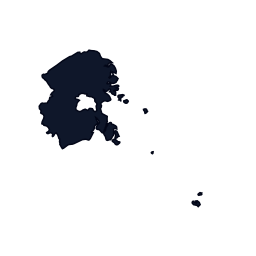 the border of Gyeonggi, rotated 210°
{"feature_id": "KOR-2498", "entity_name": "Gyeonggi", "entity_type": "Province", "adm_level": 1, "iso_a3": "KOR", "parent_name": "South Korea", "parent_adm1": "", "projection": "robinson", "projection_center": [126.66, 37.546], "detail": "fine", "context": "isolated", "style": "filled", "palette": "ink", "viewbox_px": 256, "rotation_deg": 210, "n_neighbors": 0, "source": "natural_earth", "source_scale": "10m", "svg_char_len": 6054}
<svg xmlns="http://www.w3.org/2000/svg" viewBox="0 0 256 256"><g transform="rotate(210 128 128)"><path d="M155.8,106.6L155.4,100.1L155.7,98.3L156.4,97.7L157.6,97.6L159.2,97.0L161.7,95.1L167.1,87.3L168.1,86.2L170.6,84.4L171.6,83.3L173.7,78.3L174.5,77.3L175.7,77.9L178.9,79.8L179.4,81.0L180.1,81.5L180.6,82.2L181.1,83.4L181.8,84.4L182.5,84.3L183.3,85.1L185.4,86.9L187.7,87.9L188.5,86.7L188.5,84.2L188.7,83.4L189.1,82.9L189.6,83.2L189.7,83.9L189.9,84.7L191.2,85.5L192.6,85.3L193.5,84.4L194.3,83.3L194.8,83.0L195.3,82.9L195.8,83.0L196.2,83.4L195.6,84.4L195.1,85.7L195.2,87.2L196.2,88.0L197.1,88.6L199.5,89.1L202.2,88.3L203.2,89.0L203.6,88.9L204.0,88.6L204.5,88.5L204.9,88.9L205.5,90.7L205.8,94.3L206.6,96.3L208.2,97.4L209.7,97.3L211.1,97.4L212.0,99.6L213.1,100.1L214.3,100.4L215.8,102.5L215.5,105.6L214.8,106.7L213.5,107.1L210.3,109.3L210.5,110.5L210.5,111.7L210.1,112.8L210.6,114.1L211.0,115.5L209.1,117.6L209.9,118.5L211.5,118.0L211.5,119.5L211.3,121.0L210.6,122.3L210.5,123.5L211.9,124.7L213.6,124.2L215.3,124.4L216.9,125.4L218.5,126.0L222.0,127.9L224.1,128.2L225.7,128.8L227.2,128.9L228.1,129.7L228.8,130.8L228.2,132.2L226.9,132.7L225.8,134.1L224.9,135.4L225.3,137.1L224.8,138.9L221.0,146.8L218.2,153.4L214.4,160.3L213.9,161.0L212.9,161.8L209.3,168.4L207.7,169.5L207.3,169.0L206.1,168.7L205.1,169.7L204.6,171.0L203.9,172.0L202.3,172.6L201.2,173.7L200.7,175.9L198.6,176.6L195.9,177.9L193.1,178.7L190.1,178.3L187.7,176.3L185.0,175.1L179.7,177.3L177.3,177.3L174.3,176.7L175.1,176.1L176.1,175.7L176.7,174.9L177.2,173.1L177.0,172.7L176.4,172.0L176.7,171.7L177.3,171.7L178.2,171.2L178.8,171.1L179.2,170.8L179.4,170.0L175.6,171.0L175.0,171.8L175.2,174.1L174.8,174.6L173.3,175.1L171.2,174.8L168.8,173.4L166.5,171.3L165.7,169.3L169.4,168.9L169.4,168.4L168.6,167.8L169.3,167.8L170.0,167.8L170.6,168.0L171.1,168.4L170.8,167.0L170.0,165.7L169.4,164.2L169.8,162.2L169.1,161.9L168.6,162.6L168.2,163.8L168.1,165.0L167.8,166.3L167.2,166.6L166.6,166.1L164.2,166.6L161.3,165.8L161.3,164.9L161.1,164.1L161.3,163.1L161.2,161.8L161.9,160.5L162.8,159.4L163.8,158.9L164.8,158.5L166.4,158.5L168.1,158.1L168.5,157.5L168.6,156.1L168.2,155.9L167.3,156.3L166.0,157.4L165.2,157.3L164.6,156.9L164.3,156.3L164.3,155.4L162.8,156.1L161.6,157.0L159.3,159.3L158.8,159.7L158.0,160.0L157.4,160.0L156.9,159.6L157.0,158.9L157.4,158.2L158.3,156.9L156.4,157.4L155.9,157.2L155.7,156.1L156.0,155.4L156.8,154.9L157.6,154.6L158.3,154.3L159.0,153.3L158.8,153.0L157.2,153.3L156.6,152.9L155.2,150.2L155.5,150.1L156.1,149.6L156.6,149.9L157.3,149.9L158.5,149.6L159.5,149.9L160.3,150.4L161.1,150.6L162.1,150.2L162.0,151.0L162.1,151.8L162.4,152.5L163.0,152.7L163.7,152.5L164.0,151.8L164.3,150.2L165.3,148.6L166.2,148.7L167.2,149.3L168.6,149.1L168.3,148.5L167.9,148.0L167.4,147.7L166.8,147.6L165.9,147.6L165.5,147.0L164.6,146.9L163.8,147.1L163.1,147.0L161.9,146.8L159.9,146.2L157.2,144.2L157.1,143.3L158.3,141.6L159.1,140.8L161.1,140.3L162.4,139.4L163.3,137.7L163.9,135.8L163.3,134.9L162.2,134.2L161.6,132.8L161.6,131.0L157.9,127.5L151.8,127.7L151.0,126.0L149.8,124.0L149.1,123.3L149.1,122.3L148.8,120.8L148.1,118.4L147.2,112.1L147.5,111.1L148.3,111.0L151.8,112.2L152.9,111.9L153.8,111.5L154.6,111.4L155.5,111.9L155.8,112.8L155.9,114.2L155.8,115.6L155.5,116.6L155.4,118.4L157.3,119.9L159.8,120.9L161.3,121.0L160.1,119.8L156.5,117.3L157.6,114.6L157.9,113.0L157.6,111.9L157.0,110.7L156.9,109.2L157.2,107.7L157.8,106.5L157.4,105.9L156.8,106.0L155.8,106.6ZM183.9,127.7L184.5,125.5L184.5,123.6L183.8,122.0L183.4,119.5L182.3,117.8L180.1,117.6L178.1,118.0L176.8,119.3L176.0,121.1L174.5,122.9L171.7,123.1L171.4,124.3L171.2,125.6L169.9,126.4L168.4,126.9L166.4,125.7L164.7,125.6L163.7,127.6L165.2,129.3L166.5,131.0L166.8,133.2L168.0,134.0L169.9,134.5L171.7,136.9L174.4,136.9L175.5,136.8L176.6,136.1L178.2,135.7L179.8,135.3L180.5,136.9L182.3,136.0L184.1,135.6L185.7,134.7L186.3,133.7L187.4,132.3L186.9,131.7L186.9,130.4L187.8,129.8L188.7,129.3L188.9,128.2L188.4,127.1L187.1,127.1L185.7,127.6L183.9,127.7ZM145.8,124.1L145.3,124.2L144.9,124.0L144.3,123.3L143.8,123.1L143.5,123.2L143.0,123.6L139.7,123.7L138.4,123.2L137.2,121.5L139.1,121.1L139.5,120.8L140.1,120.0L140.0,119.6L139.7,119.4L139.3,118.9L137.1,114.9L137.0,114.2L137.2,113.4L137.1,109.8L137.4,109.0L138.0,108.8L139.5,107.1L140.6,106.8L141.6,107.5L142.6,108.6L143.5,109.4L145.5,110.4L146.3,111.2L146.7,112.4L146.6,113.0L146.3,114.1L146.2,114.5L146.3,115.0L146.9,116.1L147.0,116.6L147.2,119.3L147.0,120.0L147.4,120.4L147.9,121.5L147.1,122.0L146.4,123.6L145.8,124.1ZM34.7,95.0L35.3,95.8L35.2,96.9L34.4,97.5L33.2,96.8L31.6,97.0L31.2,97.1L31.2,97.9L31.9,98.2L32.6,98.3L32.9,98.6L31.6,99.6L29.1,99.2L27.2,97.7L27.9,95.0L29.4,95.5L32.9,94.4L34.7,95.0ZM132.5,108.5L133.7,108.5L134.9,108.7L135.4,109.3L135.0,110.7L133.9,111.6L132.5,111.7L129.9,111.1L128.6,111.7L128.0,111.7L127.8,110.9L128.6,108.5L129.4,107.8L130.3,107.6L131.3,107.8L132.5,108.5ZM135.5,116.0L137.1,117.3L137.7,117.9L137.8,118.6L137.2,119.5L135.9,119.5L131.6,116.4L132.2,115.9L132.4,115.3L132.8,113.8L133.0,113.5L133.7,112.8L134.0,112.7L134.3,112.8L134.4,113.1L134.8,115.0L135.1,115.5L135.5,116.0ZM152.4,150.1L152.7,151.1L152.4,151.8L149.2,154.3L147.8,154.4L147.8,154.0L148.5,153.1L148.5,152.6L148.3,152.2L149.1,151.3L149.1,150.4L148.8,149.3L148.3,148.5L147.8,148.0L148.0,147.8L149.0,148.3L149.9,147.6L150.1,147.6L149.9,148.3L150.2,148.9L150.9,149.3L152.1,149.8L152.4,150.1ZM144.3,148.3L144.9,148.7L145.2,149.6L144.9,149.9L144.2,150.2L144.0,150.7L143.9,151.1L143.4,151.7L142.7,151.9L142.2,151.6L141.7,151.6L141.2,151.4L141.1,150.4L141.2,149.4L141.7,148.7L142.8,148.2L144.3,148.3ZM120.3,152.1L119.7,152.4L119.4,152.3L119.6,150.8L120.0,149.8L120.5,149.2L121.0,149.5L121.4,150.2L121.8,150.6L123.4,151.3L123.9,151.9L123.6,152.3L122.8,153.1L122.2,153.3L121.5,153.5L120.9,153.2L120.3,152.1ZM33.6,105.1L34.1,105.4L34.2,105.9L33.4,108.0L32.9,108.2L32.5,108.2L32.0,108.3L31.7,108.6L31.6,108.4L30.9,107.4L31.1,106.8L32.1,106.0L33.1,105.1L33.6,105.1ZM94.4,117.9L95.1,118.0L95.5,118.4L95.3,119.2L94.7,119.8L94.4,120.0L93.8,118.6L93.9,118.0L94.4,117.9Z" fill="#0f172a" stroke="#020617" stroke-width="1.5"/></g></svg>